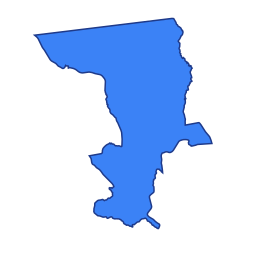 the border of Maniema, rotated 173°
{"feature_id": "COD-1895", "entity_name": "Maniema", "entity_type": "Province", "adm_level": 1, "iso_a3": "COD", "parent_name": "Democratic Republic of the Congo", "parent_adm1": "", "projection": "robinson", "projection_center": [26.456, -2.545], "detail": "fine", "context": "isolated", "style": "filled", "palette": "blue", "viewbox_px": 256, "rotation_deg": 173, "n_neighbors": 0, "source": "natural_earth", "source_scale": "10m", "svg_char_len": 5741}
<svg xmlns="http://www.w3.org/2000/svg" viewBox="0 0 256 256"><g transform="rotate(173 128 128)"><path d="M57.5,124.7L56.8,124.6L56.1,123.8L55.2,122.3L51.6,114.8L48.2,109.6L47.7,108.1L47.1,105.6L46.6,102.4L61.0,103.2L62.9,102.7L66.5,102.3L67.2,102.3L67.6,102.5L67.5,102.8L69.6,104.3L69.7,104.6L69.8,105.9L69.7,106.4L69.2,107.3L69.1,107.7L69.2,108.2L69.4,108.5L70.5,109.1L71.2,109.3L72.3,109.5L74.1,109.7L75.7,109.6L77.7,109.2L79.0,108.6L79.4,108.2L85.5,100.6L86.6,99.6L87.2,99.2L87.9,98.9L88.8,98.6L89.5,98.6L90.2,98.7L91.9,99.5L92.9,99.7L93.6,99.7L95.6,99.1L97.2,98.9L98.1,97.4L98.4,96.6L98.5,95.7L98.4,92.9L98.5,92.0L99.2,89.3L99.2,88.4L99.0,86.6L99.0,81.2L99.1,79.4L100.2,80.6L100.7,81.7L101.0,82.0L101.8,82.5L101.9,83.2L103.2,83.5L104.0,83.6L104.5,83.4L104.9,82.9L105.1,82.0L105.6,81.2L105.6,80.8L105.2,80.0L105.3,79.7L105.6,79.3L106.4,78.7L106.9,78.1L106.9,77.3L107.1,76.2L106.9,75.4L107.0,74.9L107.8,74.2L108.6,73.9L108.9,73.6L109.0,73.3L108.9,72.7L109.3,72.3L109.4,72.0L109.5,70.0L109.6,69.4L110.0,68.7L110.2,68.1L109.6,66.8L109.5,66.3L109.8,62.7L110.1,61.4L110.7,60.8L113.6,59.0L114.5,58.3L115.0,57.7L115.1,57.1L115.2,56.0L114.1,47.4L114.3,46.4L114.5,45.9L115.2,44.9L118.5,41.6L119.0,40.8L119.3,40.2L119.2,39.1L119.0,38.6L117.9,37.2L113.9,34.1L112.3,32.0L110.5,30.2L108.6,28.7L108.4,28.0L108.5,27.1L109.4,25.4L109.8,24.8L110.1,24.5L110.7,24.6L111.1,25.0L111.5,25.1L111.9,25.8L113.0,26.3L114.2,27.5L114.5,28.2L114.8,28.5L115.4,28.5L115.8,28.8L116.7,31.0L117.5,31.3L117.7,31.8L118.7,32.8L120.0,33.3L120.5,35.0L121.2,36.0L121.7,36.3L122.1,36.4L123.2,36.1L125.0,36.1L125.4,36.0L126.7,35.3L128.2,33.7L128.6,33.6L130.3,33.5L133.6,31.3L134.6,31.6L135.2,31.5L135.4,31.4L135.5,30.9L135.3,30.2L135.3,29.7L135.4,29.3L135.8,29.2L137.0,30.1L138.3,30.4L139.1,31.2L139.8,31.6L140.4,31.7L141.2,31.7L141.5,31.8L142.2,32.6L143.2,33.2L143.6,33.5L143.9,34.1L143.9,34.9L144.4,35.8L144.9,36.4L145.8,36.8L146.2,37.8L146.5,38.0L147.2,38.3L147.7,38.7L148.2,38.9L149.9,39.2L152.5,39.5L153.6,40.0L154.2,40.4L154.5,41.2L154.9,41.6L155.2,41.8L155.7,41.9L156.6,41.7L158.8,40.9L159.4,40.9L159.9,41.3L160.3,42.2L160.7,42.6L162.5,42.5L163.7,42.6L166.4,44.0L168.1,44.5L168.7,44.6L171.8,47.9L172.1,49.5L171.9,50.1L171.6,52.1L170.5,54.9L170.2,57.0L169.9,57.6L167.1,59.6L166.5,59.8L165.9,59.9L164.0,59.9L162.0,60.2L161.7,60.1L161.4,59.7L160.9,59.5L160.6,59.0L160.3,58.8L160.2,58.8L159.2,59.3L158.3,59.2L157.9,59.3L156.1,60.8L155.4,60.7L154.6,60.5L154.4,60.6L153.3,61.4L151.9,62.1L151.5,62.6L151.5,64.3L151.2,65.7L151.2,65.9L151.8,66.4L152.1,66.9L152.3,68.1L153.2,68.8L153.9,69.5L154.0,70.2L153.9,70.8L153.4,71.0L152.6,70.6L151.9,70.8L151.3,70.3L151.0,70.2L150.6,70.4L150.0,71.1L149.2,71.4L149.2,71.8L149.6,73.1L150.5,74.8L158.3,84.9L160.1,88.3L160.9,89.5L161.4,90.2L164.1,92.5L165.5,94.6L166.1,95.3L167.4,96.2L167.9,96.9L168.2,98.2L168.3,101.4L168.4,102.3L169.8,105.1L157.7,105.8L156.9,106.2L156.4,107.0L156.2,108.6L155.6,110.1L155.2,110.8L154.4,111.6L153.5,112.4L151.9,113.5L150.8,114.1L148.8,114.7L148.1,115.3L147.7,115.2L147.3,114.5L147.1,114.4L146.6,114.9L146.2,114.9L145.9,114.6L145.6,114.0L145.4,113.9L144.4,113.8L144.1,113.7L142.9,112.1L142.6,111.9L141.6,111.8L140.9,111.5L139.8,111.5L138.5,111.2L137.3,110.4L136.7,110.4L136.4,110.6L136.0,112.3L135.2,117.5L134.9,123.7L134.9,124.6L135.3,126.8L137.5,134.4L138.3,136.2L138.5,136.9L138.7,139.1L138.8,139.5L139.6,140.2L141.4,142.9L143.2,144.6L143.9,146.3L143.7,147.9L144.1,149.4L144.4,149.7L144.8,150.1L145.1,150.9L145.6,151.7L145.6,152.5L145.2,153.0L145.1,153.4L145.3,153.8L145.9,154.0L146.0,154.2L145.8,155.2L146.0,156.1L145.9,157.7L146.0,158.1L146.4,158.7L146.4,159.1L146.3,159.5L144.9,161.2L144.8,161.8L145.1,162.6L145.1,163.4L145.6,163.6L145.8,164.0L145.7,165.2L146.1,165.7L146.1,166.9L146.3,167.8L144.8,176.7L144.8,177.9L145.0,178.8L145.3,179.7L146.2,181.2L147.4,183.0L148.2,183.7L149.0,184.3L154.0,186.0L156.9,187.4L159.8,188.3L166.2,188.2L167.6,188.5L168.9,189.0L170.2,189.9L172.5,192.2L173.9,193.2L175.3,193.9L178.4,195.0L179.1,195.0L179.8,194.7L180.0,194.8L179.7,196.2L179.9,196.9L180.2,197.0L180.9,196.9L181.3,197.0L182.3,197.8L182.9,196.6L183.3,196.0L183.9,195.5L184.6,195.1L185.3,195.0L186.0,195.3L187.6,196.6L189.7,198.0L191.3,200.3L191.9,201.0L195.7,203.8L196.4,204.6L197.0,205.5L201.4,215.3L203.1,218.3L206.3,227.6L206.8,228.5L207.5,229.5L209.4,231.5L71.0,231.4L70.0,231.2L69.3,231.0L67.6,227.1L67.4,226.2L67.3,225.3L67.2,225.0L66.4,224.4L65.8,222.8L64.8,222.2L64.1,221.5L63.5,221.0L62.7,218.8L62.0,218.2L62.2,217.8L61.7,216.7L61.8,216.2L62.5,214.3L63.1,213.6L63.8,213.0L64.4,212.7L64.4,212.3L65.8,210.1L67.2,208.7L67.6,208.1L66.6,206.1L66.2,205.8L66.8,202.3L67.5,201.1L67.6,200.6L67.5,200.0L67.1,199.4L67.0,198.0L67.0,197.6L67.5,196.7L67.5,196.4L66.6,195.3L66.7,194.9L66.8,194.8L67.0,194.1L67.0,193.7L66.4,193.3L66.1,191.7L65.5,190.6L65.3,190.4L65.0,190.5L64.5,191.1L63.2,189.7L63.2,188.0L63.1,187.7L62.0,186.7L61.5,185.2L60.9,185.8L60.1,184.6L59.9,183.9L59.7,183.2L59.9,183.2L60.1,182.9L60.2,182.5L59.8,182.4L58.5,182.3L58.2,182.1L58.4,182.0L58.7,181.5L57.9,181.2L57.6,180.8L57.1,179.5L57.7,179.1L58.5,177.5L59.5,176.1L59.4,174.7L58.7,171.7L58.6,170.4L58.6,170.1L58.8,170.0L59.3,169.9L59.6,169.8L59.7,168.9L59.7,168.5L59.0,167.2L58.9,166.5L59.6,166.2L60.3,166.2L60.5,166.0L60.9,165.6L61.0,164.6L61.4,164.5L62.1,163.1L62.5,162.6L63.3,162.4L63.6,162.0L63.4,158.6L63.7,158.4L64.3,158.3L65.2,158.3L65.6,157.9L65.8,156.5L65.9,156.2L66.5,155.5L67.4,153.7L67.6,152.8L67.4,151.9L67.7,151.0L67.7,150.9L67.1,150.5L67.0,150.1L67.3,149.7L67.5,149.8L68.0,150.3L68.3,150.0L68.4,149.5L67.8,148.7L67.9,147.1L68.0,146.3L68.3,145.4L69.5,143.5L69.7,141.7L71.0,138.4L71.2,137.6L71.2,136.9L70.5,134.1L70.3,131.3L70.0,129.8L70.5,127.6L70.8,123.9L57.5,124.7Z" fill="#3b82f6" stroke="#1e3a8a" stroke-width="1.5"/></g></svg>